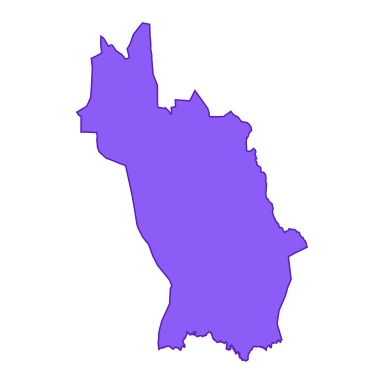 outline of Anka, Zamfara, Nigeria
{"feature_id": "59680162B63960569375521", "entity_name": "Anka", "entity_type": "district", "adm_level": 2, "iso_a3": "NGA", "parent_name": "Nigeria", "parent_adm1": "Zamfara", "projection": "equal_earth", "projection_center": [6.08, 11.964], "detail": "fine", "context": "isolated", "style": "filled", "palette": "violet", "viewbox_px": 384, "rotation_deg": 0, "n_neighbors": 0, "source": "geoboundaries", "source_scale": "gbopen_adm2", "svg_char_len": 6039}
<svg xmlns="http://www.w3.org/2000/svg" viewBox="0 0 384 384"><path d="M100.9,36.3L100.7,44.1L101.7,53.0L97.1,55.6L91.3,58.4L92.4,68.0L91.4,88.2L90.7,97.9L90.1,98.6L88.1,103.5L86.5,106.4L76.8,112.2L78.7,115.0L81.1,116.7L81.0,132.1L86.2,132.0L96.6,132.6L97.2,135.4L97.2,136.5L96.8,141.2L97.0,141.7L97.4,144.5L97.3,146.1L98.7,150.9L100.0,152.6L106.4,158.3L110.1,159.5L120.0,163.5L125.6,165.5L132.0,194.5L134.1,206.5L137.0,224.6L138.3,228.5L142.7,237.1L148.7,244.6L152.9,256.0L157.6,265.3L169.4,279.8L171.8,285.8L170.4,288.5L169.6,303.8L161.9,320.7L159.5,329.6L158.7,334.8L158.7,338.4L158.2,341.9L158.4,345.3L159.0,349.5L159.5,349.3L160.0,348.4L160.5,347.9L162.1,348.0L162.3,347.5L163.7,347.8L164.0,347.6L164.0,347.2L164.5,347.0L164.8,346.8L165.1,346.9L165.8,346.4L166.9,346.6L167.8,346.4L168.6,346.0L169.8,346.4L170.4,347.3L170.7,347.3L171.7,348.2L173.1,349.1L173.5,348.7L174.1,348.6L174.1,348.2L174.8,347.6L175.0,347.2L176.9,347.4L177.3,347.5L177.2,347.8L177.5,347.9L177.8,347.8L178.3,348.1L178.4,348.5L178.8,348.8L179.0,349.2L179.7,349.3L180.4,350.3L180.8,350.1L180.8,348.8L181.3,348.5L181.4,348.0L182.4,346.1L183.1,346.0L184.1,347.2L184.8,347.0L184.8,346.0L184.4,344.4L183.8,344.0L182.8,341.0L183.1,340.1L183.8,339.7L184.3,339.0L184.0,338.5L184.2,338.3L184.7,338.5L186.3,335.7L186.5,334.8L187.0,334.0L187.0,332.1L187.2,332.4L187.8,332.3L188.2,332.8L188.8,333.1L189.0,333.9L189.4,334.0L189.5,334.5L190.2,334.9L190.9,334.8L191.4,334.2L191.5,333.7L192.0,333.4L192.9,334.5L193.7,334.8L193.7,332.4L193.9,331.9L195.5,331.7L195.6,332.5L195.0,334.8L195.8,335.1L196.1,335.5L196.3,336.2L197.1,336.6L198.7,336.2L199.8,335.6L200.8,335.6L202.6,336.5L202.9,336.2L204.0,335.9L205.0,335.3L205.3,335.7L205.8,335.3L206.1,335.3L207.0,333.6L207.4,333.0L208.1,332.9L208.6,332.1L210.6,331.9L211.1,332.3L210.9,333.2L211.6,333.5L211.7,334.9L212.3,335.7L212.5,337.3L213.4,338.8L213.5,339.4L213.7,339.5L213.8,339.2L214.2,339.2L214.3,339.7L214.7,340.3L215.5,340.7L217.1,342.3L217.6,342.4L219.5,341.9L219.6,341.3L220.1,340.9L220.4,341.6L221.4,341.7L221.3,342.0L221.6,342.2L221.8,341.9L222.1,342.4L223.6,342.8L224.5,343.5L224.8,343.3L225.5,342.1L226.2,342.0L226.4,342.4L226.7,342.5L227.2,343.1L227.1,343.8L226.9,344.1L226.8,344.6L227.1,344.8L227.0,345.7L226.6,345.8L226.5,346.0L227.0,346.4L227.0,346.7L226.6,348.0L226.3,348.0L226.2,348.2L226.4,348.9L226.8,349.0L227.2,349.5L227.3,349.5L227.6,349.2L228.1,349.7L228.5,349.2L228.8,349.2L229.3,349.7L229.5,349.3L229.9,349.6L230.5,349.5L230.6,349.2L230.5,348.6L230.9,348.2L230.7,347.7L230.8,347.3L230.1,346.5L230.4,346.0L230.4,345.5L231.2,345.3L231.2,346.0L231.7,346.5L231.8,346.5L232.0,345.9L232.3,346.4L232.1,346.5L232.8,346.8L232.9,347.1L233.1,347.1L233.0,348.5L233.6,348.2L233.9,348.3L234.1,348.8L233.8,349.7L234.0,350.1L234.6,349.9L234.7,350.3L234.4,350.7L234.5,351.0L235.0,351.0L235.2,351.4L235.0,351.7L235.7,352.5L235.6,352.8L235.6,353.7L235.9,353.8L236.7,353.3L236.8,353.2L236.7,352.5L236.9,352.1L237.7,351.7L238.3,352.6L238.7,352.6L238.7,353.1L238.4,353.3L238.5,353.7L239.3,353.7L239.2,353.2L239.4,353.2L239.6,353.8L239.4,354.3L239.9,354.4L239.6,355.0L239.2,355.1L239.5,355.6L239.3,356.1L239.3,356.7L239.8,357.7L240.3,357.4L240.6,358.2L241.9,358.6L241.9,359.1L241.6,359.5L241.7,359.9L242.1,360.0L242.4,359.8L242.9,360.3L243.5,360.0L244.3,360.1L244.6,360.4L245.3,360.3L245.6,360.9L245.9,361.0L246.3,360.4L247.0,360.3L248.0,359.6L248.1,357.4L247.9,356.2L248.8,353.7L249.7,352.6L249.9,351.2L250.5,350.6L251.0,350.4L251.3,349.8L252.4,349.0L252.2,348.3L252.4,347.6L253.4,347.1L254.1,346.3L255.0,346.4L256.1,347.0L257.4,346.4L258.6,346.6L259.6,346.3L259.8,346.3L259.8,346.8L260.1,347.1L261.2,347.0L261.9,347.2L262.2,346.9L262.8,347.8L263.4,348.3L264.3,348.0L264.9,348.7L265.0,349.2L266.1,350.2L266.4,349.5L266.6,348.0L267.0,347.0L268.7,345.4L269.3,345.2L270.2,347.5L270.9,347.6L271.4,347.2L271.5,345.0L271.8,343.9L272.4,342.8L273.1,343.2L274.8,342.7L276.7,343.0L277.5,340.8L278.2,339.9L278.5,340.1L278.6,340.9L279.0,341.3L279.5,341.4L280.0,342.1L280.6,342.2L280.5,340.3L281.1,339.7L281.8,339.8L277.1,323.7L279.0,310.6L285.1,296.3L286.5,292.1L287.5,287.8L291.1,279.4L288.4,256.7L294.7,253.1L307.2,247.1L306.9,246.6L305.9,242.5L305.3,241.1L304.4,240.5L302.8,237.4L302.0,237.3L300.4,235.7L300.0,235.0L299.6,233.1L298.9,232.2L296.6,231.9L296.2,230.8L295.1,229.8L293.8,229.5L292.1,229.5L289.2,228.7L287.9,230.8L286.3,231.3L285.5,231.7L285.0,232.4L284.5,232.4L283.4,230.7L282.2,228.0L281.0,227.5L279.5,227.4L279.1,227.1L279.0,225.8L278.3,223.6L277.2,223.0L276.7,221.9L275.8,221.3L275.6,220.1L273.8,216.8L272.5,212.8L272.5,211.1L273.1,209.4L272.8,206.9L272.2,205.2L272.2,204.5L272.0,203.8L268.8,201.3L268.7,200.3L268.3,199.5L267.6,198.8L266.8,198.7L266.3,197.3L266.0,195.8L265.8,193.0L266.2,189.7L266.2,187.6L266.5,186.0L266.5,183.9L266.1,182.5L265.6,181.7L265.6,181.1L265.9,180.3L265.9,177.9L265.6,175.3L265.3,174.4L264.0,172.6L263.3,172.2L261.7,172.3L261.0,172.0L260.9,171.5L260.9,168.4L260.6,167.5L260.1,166.8L257.4,165.5L257.4,164.7L256.9,164.4L256.7,163.9L256.9,163.1L256.8,162.1L255.9,160.9L255.4,159.7L256.1,158.9L256.7,158.7L256.0,157.2L255.9,156.1L255.3,155.5L254.8,154.2L255.5,153.1L255.8,151.8L255.4,150.2L254.8,149.7L253.6,148.4L250.5,151.2L248.5,151.2L246.5,150.5L246.5,147.0L246.2,142.2L246.5,139.5L246.8,137.7L247.4,137.7L248.4,135.9L248.5,134.9L249.2,133.2L250.5,131.4L251.2,130.9L251.6,130.2L250.8,126.6L250.0,125.8L249.0,124.1L247.1,122.6L242.1,121.7L241.4,121.4L240.7,120.7L237.9,117.0L233.4,114.7L230.8,111.3L223.8,116.5L220.4,116.7L209.4,116.7L209.1,113.0L207.8,108.6L195.0,90.6L189.7,100.9L175.4,99.8L175.5,106.7L171.3,107.5L171.6,113.8L171.2,113.9L170.2,113.5L169.3,111.8L168.2,110.4L167.2,109.6L165.4,107.7L164.9,108.6L160.7,107.7L159.2,107.7L157.9,107.1L157.5,103.9L157.4,85.4L153.1,74.3L151.7,58.1L151.8,55.5L150.6,48.3L150.8,45.7L150.5,39.8L150.1,37.2L149.6,24.3L142.4,23.0L133.5,34.3L130.1,44.0L127.2,48.9L129.2,57.3L127.2,58.8L125.3,58.8L121.8,54.6L116.0,50.6L112.5,45.3L111.1,44.9L109.5,45.6L108.5,46.4L104.6,39.7L103.3,38.0L100.9,36.3Z" fill="#8b5cf6" stroke="#5b21b6" stroke-width="1.5"/></svg>